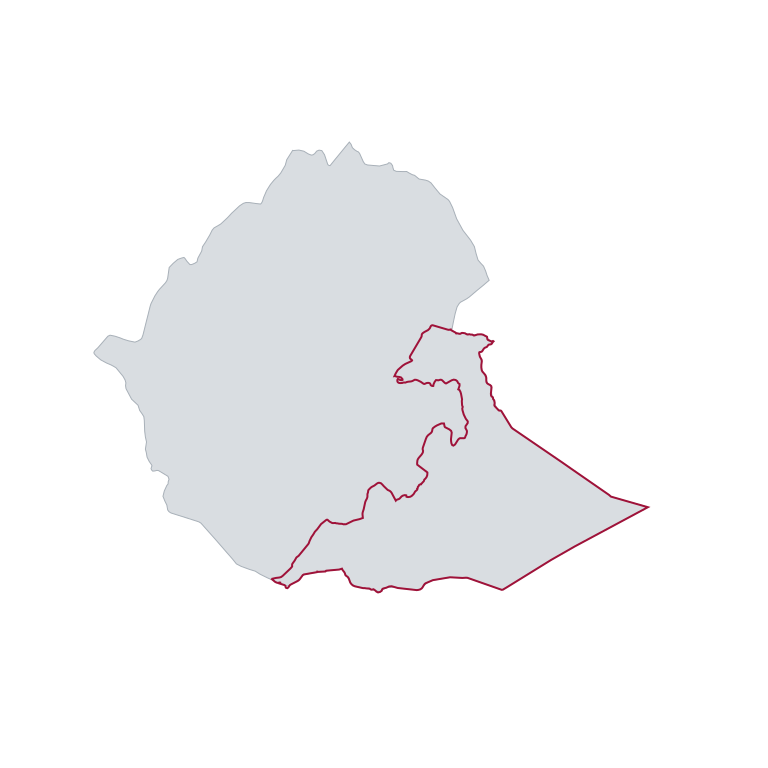 Somali highlighted on a map of Ethiopia, rotated 16°
{"feature_id": "ETH-3134", "entity_name": "Somali", "entity_type": "Administrative State", "adm_level": 1, "iso_a3": "ETH", "parent_name": "Ethiopia", "parent_adm1": "", "projection": "mercator", "projection_center": [42.488, 7.246], "detail": "fine", "context": "in_parent", "style": "outline", "palette": "rose", "viewbox_px": 768, "rotation_deg": 16, "n_neighbors": 0, "source": "natural_earth", "source_scale": "10m", "svg_char_len": 9810}
<svg xmlns="http://www.w3.org/2000/svg" viewBox="0 0 768 768"><g transform="rotate(16 384 384)"><path d="M183.5,526.6L182.9,525.8L179.6,523.1L176.4,519.6L174.5,515.6L172.6,512.4L171.7,505.2L169.3,500.8L167.0,495.4L163.6,485.0L162.1,481.5L159.4,479.1L156.5,476.8L153.4,472.2L145.6,468.2L142.5,465.0L137.3,459.6L136.0,456.8L135.6,454.1L134.0,451.5L131.1,448.6L122.0,442.3L119.5,441.6L116.3,440.9L111.5,440.3L105.1,438.9L99.6,436.4L97.0,434.7L96.4,433.5L96.9,431.5L99.0,428.0L102.8,419.8L105.4,414.2L107.2,412.6L112.2,412.2L117.4,412.4L121.2,412.8L126.6,412.9L133.1,412.4L135.6,410.5L137.6,408.4L138.5,407.0L138.8,403.3L138.7,400.4L138.3,389.2L138.1,382.3L137.8,374.4L137.8,372.8L137.9,370.8L139.5,362.4L141.0,357.5L142.0,355.0L146.0,347.0L146.8,344.4L146.9,342.0L145.4,331.2L148.1,326.1L151.4,321.1L154.4,318.9L156.8,317.5L158.0,318.1L160.8,320.4L164.5,322.7L166.2,322.2L168.7,320.2L170.6,318.1L170.4,314.3L172.1,306.5L171.7,302.0L173.5,296.3L175.5,288.5L176.4,283.5L177.6,280.8L182.9,275.3L187.6,267.5L190.5,261.8L196.1,252.5L199.0,249.1L201.3,247.6L204.7,246.7L211.2,245.8L215.8,245.0L216.4,243.8L216.8,241.9L216.9,237.8L217.8,230.6L219.8,223.6L222.1,218.3L223.4,215.9L224.9,213.5L226.6,209.6L228.8,201.0L228.7,195.2L231.8,184.6L232.5,184.6L237.7,182.6L242.8,182.3L247.8,183.7L251.0,184.0L252.5,183.3L253.9,181.6L255.1,178.7L257.1,177.1L259.9,176.8L263.6,180.0L269.5,188.6L271.0,189.1L272.0,188.9L274.9,182.0L277.2,176.7L281.5,166.7L284.0,161.0L286.3,162.7L288.5,165.6L291.1,166.9L293.9,167.8L295.2,167.9L296.9,169.0L302.9,176.1L305.0,177.8L307.8,178.0L319.6,175.7L326.7,171.5L327.7,169.9L329.7,169.9L332.0,171.7L332.9,173.5L334.4,175.8L337.2,176.2L344.0,174.5L347.2,173.5L350.1,174.3L353.6,175.0L355.9,175.0L361.2,177.3L367.6,176.6L370.6,176.7L373.7,177.7L378.8,181.4L385.4,185.9L394.8,189.1L396.7,190.4L401.3,195.5L408.3,205.2L417.6,214.6L427.6,221.9L433.0,227.0L436.6,233.3L440.2,238.9L443.8,241.3L447.2,243.3L450.7,247.6L453.1,251.2L456.5,255.3L452.8,260.9L447.7,268.3L441.9,277.0L440.1,279.2L434.9,284.4L434.1,285.9L433.0,289.7L433.0,296.6L433.6,305.4L434.3,313.5L437.1,314.5L440.4,315.1L444.0,314.0L448.4,313.1L453.8,312.6L459.9,310.9L463.4,309.6L467.2,309.7L470.5,311.1L472.1,312.4L474.4,312.9L477.4,312.8L476.8,314.3L475.1,316.6L473.1,318.8L471.3,321.1L467.3,327.6L467.2,328.4L467.7,329.7L469.9,332.6L472.1,337.4L473.4,341.8L474.3,343.9L477.1,346.3L481.0,351.3L483.1,354.7L487.4,356.5L488.8,360.8L492.0,367.1L495.6,372.1L498.9,376.0L502.7,377.5L504.2,377.6L512.2,384.9L518.2,390.4L519.7,391.3L530.6,394.9L543.1,399.1L553.1,402.4L565.9,406.7L578.5,410.8L590.3,414.9L607.0,420.5L620.4,425.0L630.9,428.6L633.2,429.7L671.6,429.7L662.1,438.9L651.4,449.3L640.1,460.3L632.9,467.3L621.4,478.5L611.8,487.8L602.0,497.9L593.1,507.1L581.5,519.8L574.0,528.0L562.3,540.8L554.9,548.9L553.8,549.4L543.3,548.8L533.0,548.2L519.9,547.4L518.4,547.4L514.6,548.2L512.2,548.9L502.8,551.1L501.1,551.7L493.2,555.2L485.2,559.2L481.0,562.4L477.8,566.9L476.4,570.1L474.9,571.6L472.4,572.8L455.7,575.9L450.8,576.3L442.9,578.7L438.8,582.8L437.6,584.9L431.9,584.9L422.1,585.5L417.9,586.1L415.9,586.2L412.1,586.2L409.0,585.5L407.0,584.4L404.4,581.8L398.7,576.7L394.6,573.5L385.5,577.2L377.4,580.9L365.8,586.1L359.2,589.8L357.2,593.5L352.1,600.3L347.5,604.5L345.8,605.0L335.5,604.1L331.8,603.3L325.6,602.5L317.3,601.0L311.8,599.4L305.8,599.3L297.1,598.7L291.7,597.6L286.3,593.8L279.3,589.3L272.1,584.6L264.7,579.8L256.0,574.3L246.4,568.2L244.2,567.6L243.3,567.5L232.9,567.2L222.1,566.9L214.8,566.7L212.5,566.0L210.8,564.7L208.6,560.2L205.7,557.0L202.5,552.9L202.3,547.4L203.2,541.5L204.0,539.5L203.5,537.5L203.6,534.8L201.8,532.3L191.2,529.4L189.5,529.6L187.8,530.7L185.7,531.5L184.3,530.7L183.4,529.6L183.4,527.9L183.5,526.6Z" fill="#d9dde1" stroke="#a8b0b8" stroke-width="1"/><path d="M671.6,429.7L611.9,487.8L593.1,507.1L558.0,545.7L555.0,548.9L553.8,549.4L517.6,547.3L516.2,547.6L512.9,548.8L500.7,551.6L485.0,559.1L478.9,564.1L478.6,564.5L478.3,564.9L477.8,566.2L477.1,568.9L476.6,570.1L475.4,571.5L473.9,572.4L472.3,573.1L453.4,576.3L447.2,576.3L446.0,576.7L444.6,577.3L442.5,579.1L439.8,580.7L439.1,581.3L438.8,582.1L438.8,583.3L438.6,583.7L438.1,584.2L437.6,584.9L435.7,586.0L434.0,585.7L432.3,584.8L430.5,584.2L428.9,585.1L428.3,585.2L427.8,585.1L426.7,584.7L426.1,584.7L423.1,585.4L422.0,585.5L420.1,586.0L411.9,586.5L409.9,586.3L408.0,585.5L406.3,584.2L403.8,580.7L402.8,579.8L402.2,579.4L400.4,578.8L399.7,578.4L399.3,578.0L398.7,576.9L397.7,575.8L395.4,574.2L394.5,573.1L392.1,574.7L379.9,579.4L379.7,579.6L379.5,580.2L379.3,580.4L372.3,582.8L372.2,582.8L372.0,582.7L371.6,582.7L371.6,582.8L371.6,583.1L371.5,583.3L359.4,589.2L358.6,590.1L356.8,595.0L356.2,596.1L355.4,597.1L349.9,602.2L348.9,603.4L348.1,605.9L347.4,606.9L346.2,607.0L345.6,606.6L345.3,606.1L345.1,605.6L344.8,605.1L343.6,604.7L338.8,604.6L339.1,603.9L339.0,603.5L338.5,603.5L336.7,604.5L335.3,604.5L333.8,604.2L330.3,602.6L330.7,602.2L330.5,601.9L333.6,600.2L336.9,598.8L338.4,597.8L339.6,596.2L344.9,587.2L346.0,584.8L345.5,583.2L345.4,582.5L345.6,581.7L346.8,578.4L347.6,575.0L347.9,574.5L349.3,572.7L355.3,558.8L355.6,557.7L355.7,555.5L356.4,551.3L357.5,548.1L358.3,545.0L359.8,542.1L362.1,536.0L365.8,530.8L366.6,530.1L367.2,530.1L368.3,530.7L369.7,531.3L372.4,531.9L373.2,531.8L375.2,531.1L375.5,531.0L376.5,531.1L377.7,530.8L379.3,530.7L382.1,530.0L383.9,530.0L384.3,529.9L384.5,529.7L385.5,529.5L386.2,529.2L392.3,523.7L397.8,520.6L400.6,518.6L399.3,515.3L399.0,514.2L398.9,513.1L399.0,510.0L398.5,502.7L398.7,500.7L399.0,499.7L399.1,498.8L399.2,497.8L399.1,496.8L398.9,496.0L398.6,495.1L398.4,494.2L398.5,492.6L398.2,490.7L398.4,489.9L399.9,487.2L400.6,486.3L402.8,484.2L404.7,481.6L405.5,480.8L406.4,480.3L408.3,480.2L410.1,481.1L412.0,482.3L416.7,484.8L418.7,485.1L419.6,485.4L420.5,485.9L421.3,486.5L427.5,492.9L427.9,492.0L428.5,491.5L430.0,490.5L430.6,489.8L431.9,487.2L432.9,486.1L434.6,485.1L436.1,484.9L436.7,486.2L437.6,486.2L438.5,486.0L439.4,485.6L440.2,485.2L440.5,485.0L441.5,483.9L441.8,483.5L441.9,483.2L442.1,482.9L442.6,482.1L442.9,481.4L443.6,478.7L444.7,477.1L445.1,476.2L444.7,475.5L445.0,475.0L445.1,474.6L444.9,473.8L445.0,473.3L445.4,472.7L445.4,472.4L445.6,471.4L446.0,470.9L447.3,470.2L447.2,469.7L447.4,469.4L447.6,469.2L447.8,469.0L448.3,467.8L448.8,467.0L449.0,466.6L449.1,466.1L449.1,465.2L449.1,464.8L449.3,464.5L450.0,463.3L450.6,461.5L450.7,459.7L450.2,457.3L450.0,457.0L438.2,452.4L437.9,451.8L437.6,450.6L437.2,448.5L437.2,447.7L437.3,446.9L437.8,445.3L439.6,441.4L440.2,439.2L440.0,437.5L439.3,436.4L439.0,435.5L438.9,434.5L439.4,425.1L439.7,422.9L440.5,421.1L442.7,418.0L443.1,417.0L443.2,416.0L443.0,413.7L443.3,412.8L444.7,410.9L446.3,409.2L450.0,406.1L452.5,405.4L454.0,408.2L454.6,408.7L459.2,409.6L461.4,410.5L462.5,412.1L463.6,418.6L464.3,420.6L465.2,422.5L466.4,423.9L467.7,424.1L469.0,422.5L470.6,416.9L471.6,415.4L472.4,415.0L475.8,414.1L476.5,413.6L476.7,412.7L476.7,411.7L477.1,409.8L477.1,408.7L477.0,407.6L476.8,406.7L476.4,405.9L474.4,403.9L474.0,402.1L475.2,398.5L474.9,397.0L474.2,396.3L472.5,395.1L471.8,394.4L469.1,391.4L466.7,387.6L466.0,386.1L466.0,385.4L466.0,384.4L465.9,384.1L465.2,383.4L464.8,382.6L463.5,378.9L463.4,378.3L463.3,377.4L463.2,377.1L460.7,372.1L459.5,370.3L458.1,368.9L456.9,368.7L457.1,364.9L456.6,363.2L455.1,362.7L453.6,361.1L451.8,360.4L449.8,360.6L448.0,361.8L443.6,366.3L442.9,366.4L441.8,366.0L438.9,364.4L437.9,364.2L436.9,364.4L435.0,365.6L434.3,365.6L432.9,365.9L432.1,368.0L431.7,370.6L431.9,372.3L430.9,372.6L430.0,372.5L429.1,372.1L428.6,371.3L428.1,370.8L427.2,370.6L426.3,370.7L425.4,371.0L424.6,371.4L423.3,372.5L422.6,372.9L421.7,372.8L418.8,371.8L415.6,371.2L414.0,371.1L412.5,371.4L412.1,371.7L411.0,372.8L410.2,373.5L409.4,374.0L408.5,374.4L406.7,375.1L405.9,375.5L405.1,376.0L404.4,376.6L404.0,376.8L403.6,376.9L403.2,376.9L402.8,377.0L402.4,377.2L401.2,378.0L399.5,378.6L398.5,378.8L397.7,378.8L396.9,378.5L396.3,378.0L395.9,377.2L395.7,376.2L395.9,375.4L396.5,375.3L398.3,375.7L399.2,375.6L400.2,375.4L400.7,374.9L400.3,374.1L398.5,373.0L396.7,373.0L394.8,373.4L392.7,373.4L392.3,373.3L391.9,373.5L392.3,370.8L393.0,368.0L393.5,366.5L396.9,361.2L399.0,358.8L403.9,354.6L404.5,353.7L404.1,353.2L402.4,352.5L401.8,352.0L401.4,351.0L401.4,350.0L406.9,328.8L407.0,327.7L406.7,326.1L406.8,325.3L407.2,324.5L408.5,322.9L411.5,320.0L412.5,318.2L412.8,317.2L412.9,316.1L413.2,315.1L414.0,314.3L414.8,314.1L430.2,314.2L431.3,314.1L432.0,313.8L432.6,313.4L433.1,313.2L433.3,313.6L434.3,313.9L438.8,314.9L439.0,315.1L439.1,315.3L439.3,315.5L439.6,315.5L439.8,315.4L440.0,315.2L440.3,315.1L442.4,315.0L443.5,314.7L444.7,313.5L445.7,313.2L447.8,312.9L449.8,313.4L450.5,313.4L451.0,313.3L452.4,312.6L452.7,312.6L453.4,312.6L453.8,312.6L455.0,312.2L455.9,312.3L456.5,312.5L457.1,312.6L457.9,312.2L460.4,310.5L463.9,309.4L465.7,309.3L468.4,309.9L469.3,310.0L470.0,310.2L471.0,312.4L471.6,312.9L472.5,313.1L474.1,313.3L475.0,313.5L475.5,313.6L476.1,313.4L476.5,313.0L476.9,312.6L477.5,312.8L477.0,313.7L476.6,315.3L476.3,315.9L475.7,316.5L474.1,317.1L473.5,317.8L473.2,318.5L473.0,319.2L472.8,319.8L472.2,320.4L470.8,321.5L470.4,322.2L470.0,323.1L469.6,324.7L469.3,325.5L468.9,326.1L468.1,326.6L467.4,326.8L466.9,327.2L466.9,328.0L467.7,329.7L468.7,331.4L470.8,333.4L471.4,334.2L471.8,335.3L472.3,338.8L473.0,341.3L474.1,343.7L475.1,344.9L478.8,347.3L479.7,348.3L480.4,349.4L480.9,350.7L481.2,352.0L481.9,353.8L483.0,354.9L484.4,355.4L486.2,355.7L487.6,356.4L488.3,357.6L489.4,363.8L490.0,365.4L490.8,366.3L491.8,366.6L492.2,366.7L492.5,367.1L492.9,368.0L493.1,368.4L493.5,368.7L494.3,369.2L494.6,369.6L495.5,371.4L495.7,372.1L495.8,373.4L496.0,374.1L496.5,374.7L501.5,377.7L502.2,377.8L503.1,377.4L503.7,377.4L504.3,377.7L518.2,390.4L519.7,391.3L577.0,410.3L586.6,413.6L630.9,428.6L633.2,429.7L671.6,429.7Z" fill="none" stroke="#9f1239" stroke-width="2"/></g></svg>